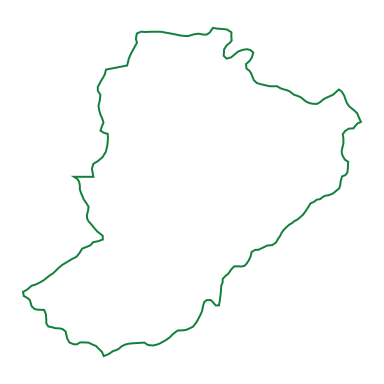 the district of Ribeirão Preto, São Paulo, Brazil
{"feature_id": "56859067B67302806086523", "entity_name": "Ribeirão Preto", "entity_type": "district", "adm_level": 2, "iso_a3": "BRA", "parent_name": "Brazil", "parent_adm1": "São Paulo", "projection": "mercator", "projection_center": [-47.819, -21.215], "detail": "fine", "context": "isolated", "style": "outline", "palette": "green", "viewbox_px": 384, "rotation_deg": 0, "n_neighbors": 0, "source": "geoboundaries", "source_scale": "gbopen_adm2", "svg_char_len": 3442}
<svg xmlns="http://www.w3.org/2000/svg" viewBox="0 0 384 384"><path d="M290.3,91.8L287.0,90.2L284.1,89.5L280.6,88.3L276.9,86.2L272.8,86.3L269.2,86.2L266.4,85.5L263.5,84.8L260.6,84.2L256.7,82.9L253.9,80.2L252.6,77.1L251.1,73.2L249.4,70.7L246.5,68.6L246.0,64.1L249.6,60.9L251.9,57.3L253.3,52.5L250.2,50.0L247.2,49.2L242.9,49.8L238.2,51.5L235.1,54.0L231.1,57.4L226.6,58.6L223.7,55.8L224.1,49.3L226.9,45.1L229.9,42.8L231.7,40.5L231.3,36.8L231.4,32.3L227.0,29.5L222.7,29.0L217.9,28.7L212.9,27.9L209.5,32.8L206.3,34.7L203.1,34.5L198.4,33.7L194.1,34.3L190.9,35.2L188.0,36.1L185.1,36.0L180.5,35.5L174.8,34.3L170.6,33.5L166.1,32.7L161.1,31.8L155.5,31.7L149.4,31.8L145.3,32.0L141.1,31.7L136.8,33.5L135.9,38.9L137.0,42.7L134.8,46.6L132.6,50.6L130.5,54.6L128.8,58.7L128.0,62.1L127.1,65.5L106.0,69.6L104.9,74.1L103.1,77.6L101.0,80.9L99.6,83.7L97.8,86.8L97.8,90.8L100.4,94.8L99.9,99.8L98.5,105.8L99.2,110.3L100.5,114.6L102.4,119.0L103.5,122.6L101.8,126.6L100.5,130.7L103.9,132.8L107.7,133.9L107.9,137.9L107.7,142.2L107.2,146.2L105.8,151.9L102.4,157.3L97.9,161.1L93.3,163.9L91.9,168.8L92.6,172.5L93.4,176.8L87.1,176.8L74.0,176.8L77.5,179.1L79.2,182.1L79.8,185.4L79.9,189.6L81.0,192.9L82.2,195.7L83.8,199.6L86.5,203.3L88.6,206.9L88.0,211.0L86.9,214.9L87.1,218.5L88.5,221.3L91.4,224.5L94.5,228.3L97.2,231.4L102.7,235.8L102.8,239.5L98.9,241.0L92.9,242.3L90.6,245.2L87.4,246.6L82.2,248.6L79.3,253.3L76.3,256.9L71.8,259.1L67.4,261.8L62.1,265.0L59.2,267.4L56.7,269.8L53.1,273.3L49.5,275.6L47.0,277.6L43.9,280.1L39.5,282.7L35.7,284.5L31.6,285.7L29.4,287.7L26.7,289.9L23.0,291.9L23.8,296.0L27.1,297.8L29.7,299.8L30.7,302.9L31.7,306.4L34.8,309.2L38.3,309.7L44.1,309.9L45.9,314.2L46.3,319.9L46.3,323.4L48.3,326.5L51.7,327.1L55.3,328.2L59.9,328.4L62.7,329.2L65.7,331.6L67.1,338.2L69.4,342.5L73.9,344.3L76.9,344.3L80.1,342.4L83.5,342.4L88.6,342.6L92.4,344.5L96.0,346.0L99.0,349.0L101.9,351.8L103.8,356.1L108.6,354.1L113.2,351.0L116.6,350.0L119.3,348.4L121.6,346.3L124.9,344.7L128.1,343.8L132.8,343.3L137.8,343.0L141.0,342.8L144.3,342.6L148.0,345.0L152.7,345.5L156.2,344.8L159.4,343.7L162.9,341.8L165.7,340.2L169.6,337.5L172.5,334.5L174.7,332.7L177.7,330.5L182.0,330.4L186.1,329.9L189.1,328.6L193.0,326.7L196.5,322.2L198.7,318.1L200.4,314.8L202.0,311.4L202.9,306.8L204.0,302.4L206.4,300.2L210.6,300.0L213.0,302.2L215.6,305.4L219.0,305.4L219.8,300.7L220.4,295.6L221.0,290.7L221.2,285.7L222.6,282.6L222.7,278.9L225.5,275.9L228.1,273.9L231.3,269.4L234.2,266.3L237.9,266.3L241.6,266.5L244.6,265.8L246.6,263.6L249.0,260.0L250.7,256.1L251.6,252.0L255.3,249.8L258.4,249.8L263.2,247.5L267.4,245.5L272.3,245.1L276.0,242.5L278.2,238.6L280.1,235.9L281.6,232.8L283.8,229.8L286.3,227.3L289.2,224.7L291.9,223.2L294.1,221.3L297.5,219.5L299.9,217.5L303.0,214.7L305.5,211.4L307.9,207.6L310.5,203.4L313.9,201.9L316.7,199.7L320.2,199.1L322.7,197.0L325.4,195.7L329.2,195.1L333.1,193.4L336.1,190.9L339.2,188.4L340.2,185.4L340.7,181.0L342.1,176.4L345.4,175.1L347.4,172.5L347.8,168.8L348.0,165.0L348.2,161.8L344.8,159.6L342.4,155.2L341.6,151.9L342.2,148.4L343.4,143.5L343.4,138.4L342.7,134.2L345.2,130.9L348.9,128.6L353.4,128.4L355.3,125.9L357.6,123.4L361.0,121.9L358.8,117.3L357.2,113.3L353.7,110.0L349.1,106.3L346.9,103.0L345.5,99.6L344.3,95.8L341.6,91.4L338.9,89.5L336.4,91.7L333.1,94.7L329.2,96.5L325.6,98.1L323.1,99.6L320.2,102.1L317.0,103.9L313.9,103.9L309.7,103.2L306.3,101.7L303.2,99.3L300.5,97.1L297.3,95.8L293.9,94.7L290.3,91.8Z" fill="none" stroke="#15803d" stroke-width="2"/></svg>